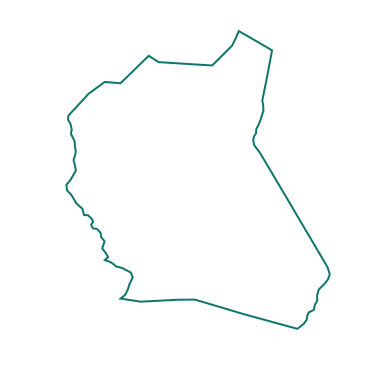 outline of Teofilândia, Bahia, Brazil, rotated 81°
{"feature_id": "56859067B44789603745472", "entity_name": "Teofilândia", "entity_type": "district", "adm_level": 2, "iso_a3": "BRA", "parent_name": "Brazil", "parent_adm1": "Bahia", "projection": "robinson", "projection_center": [-38.948, -11.473], "detail": "fine", "context": "isolated", "style": "outline", "palette": "teal", "viewbox_px": 384, "rotation_deg": 81, "n_neighbors": 0, "source": "geoboundaries", "source_scale": "gbopen_adm2", "svg_char_len": 1250}
<svg xmlns="http://www.w3.org/2000/svg" viewBox="0 0 384 384"><g transform="rotate(81 192 192)"><path d="M40.4,120.6L47.5,125.1L53.7,129.5L70.2,152.3L58.5,204.7L50.7,213.4L68.9,239.2L73.4,245.7L69.7,261.0L78.8,278.8L97.3,302.2L101.3,303.1L105.5,301.4L111.4,301.0L115.7,302.5L119.6,301.2L123.5,300.0L128.6,300.5L134.1,300.5L138.0,302.0L141.9,304.0L147.2,303.5L152.5,303.3L156.2,306.2L161.2,310.2L165.2,314.9L170.8,315.2L175.9,311.7L181.3,309.5L184.9,308.1L187.8,305.9L191.4,302.9L197.9,302.2L198.7,298.3L202.1,295.7L205.6,294.2L208.5,296.8L212.3,295.6L213.6,291.7L217.9,288.7L222.4,288.7L227.0,286.1L233.7,289.5L239.3,286.5L243.2,285.1L245.6,288.7L248.0,284.3L250.4,281.3L253.7,278.5L256.1,272.9L258.9,269.2L262.1,264.9L267.2,264.0L273.5,268.3L278.7,270.9L283.0,274.0L286.1,279.2L292.3,259.8L296.2,222.9L298.7,206.0L320.5,160.5L343.6,109.4L341.7,105.7L339.6,102.2L336.2,98.8L332.4,97.5L329.3,95.7L327.5,90.2L322.7,88.3L318.8,85.2L313.8,84.7L308.1,82.0L303.6,75.7L299.2,71.1L294.7,68.8L287.5,69.9L218.7,97.0L163.5,118.9L159.5,121.2L154.9,123.4L150.2,123.4L146.9,122.1L144.1,119.7L139.8,118.6L135.8,115.6L131.6,113.1L122.7,108.7L116.5,108.1L112.8,108.3L89.6,99.7L64.6,90.8L57.7,99.2L40.4,120.6Z" fill="none" stroke="#0f766e" stroke-width="2"/></g></svg>